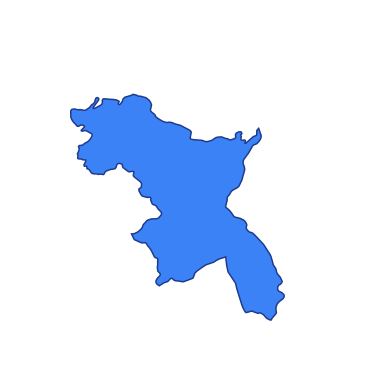 SVG path tracing the border of Ningxia, rotated 132°
{"feature_id": "CHN-1803", "entity_name": "Ningxia", "entity_type": "Autonomous Region", "adm_level": 1, "iso_a3": "CHN", "parent_name": "China", "parent_adm1": "", "projection": "orthographic", "projection_center": [106.175, 37.314], "detail": "fine", "context": "isolated", "style": "filled", "palette": "blue", "viewbox_px": 384, "rotation_deg": 132, "n_neighbors": 0, "source": "natural_earth", "source_scale": "10m", "svg_char_len": 6102}
<svg xmlns="http://www.w3.org/2000/svg" viewBox="0 0 384 384"><g transform="rotate(132 192 192)"><path d="M233.9,47.4L234.8,48.2L235.0,48.8L235.3,50.0L235.5,50.6L235.9,51.8L235.4,56.6L235.5,58.0L235.9,59.6L236.5,60.9L237.5,61.4L238.1,62.0L239.9,66.2L239.8,66.4L239.8,66.9L240.0,67.3L241.6,68.7L242.9,69.4L245.2,71.0L245.5,71.3L245.5,71.8L245.4,72.5L245.2,73.3L244.2,76.0L242.8,79.0L234.2,93.5L230.7,98.5L230.5,99.1L227.3,111.6L226.1,113.4L223.2,117.3L217.7,123.5L223.6,127.0L226.5,128.1L229.2,128.8L229.8,129.0L236.4,132.7L237.6,133.2L246.7,135.3L250.4,135.6L254.9,133.7L256.0,133.9L263.9,138.0L265.0,138.9L267.3,142.7L268.8,144.5L269.4,145.9L269.6,147.1L269.5,148.9L270.0,149.6L270.8,150.0L274.4,150.1L274.9,150.2L278.0,152.0L283.6,153.6L283.9,156.5L283.6,157.6L282.9,158.7L281.9,159.4L280.9,159.7L279.1,160.0L275.5,159.9L274.8,160.2L274.2,160.8L273.9,161.5L273.8,163.8L273.6,164.6L273.2,165.2L272.2,166.1L271.5,167.1L268.5,169.2L267.4,170.4L265.0,172.3L264.6,173.1L264.8,174.2L265.3,175.2L265.3,176.7L262.5,183.7L261.8,187.2L261.6,189.0L260.9,191.3L260.8,192.3L260.8,192.6L263.5,195.4L264.9,199.4L265.3,201.1L265.8,202.2L265.9,202.8L265.8,203.6L263.6,208.9L262.0,207.4L261.3,206.9L258.1,205.6L254.7,205.1L252.8,205.1L251.1,205.4L249.1,206.3L248.0,206.4L247.0,206.3L243.9,206.4L243.1,206.3L241.4,205.5L239.0,204.0L235.9,200.7L235.3,200.3L234.7,199.9L233.4,199.5L230.2,199.5L229.0,199.8L228.4,200.2L227.7,201.3L227.5,202.6L227.3,205.8L226.4,209.1L226.4,210.1L226.5,210.6L227.3,212.3L227.4,213.1L227.3,213.6L227.2,214.2L225.7,217.2L225.2,217.8L224.2,218.3L223.9,218.9L223.9,219.4L224.3,220.1L225.7,221.2L226.1,221.8L228.1,225.7L228.3,226.9L228.1,228.1L226.6,232.2L226.0,232.9L225.0,233.5L224.6,233.4L223.2,232.9L222.4,233.0L219.9,234.7L219.5,235.1L219.2,236.0L219.0,237.4L219.0,238.8L219.4,245.0L219.3,246.2L218.9,246.8L217.7,247.6L216.4,248.2L216.1,248.4L215.9,248.7L215.9,249.1L216.5,250.1L218.0,251.2L219.0,252.2L219.2,252.5L219.5,253.6L220.0,259.3L219.7,260.6L218.3,262.0L218.3,262.5L218.4,263.2L219.0,264.5L219.6,265.5L220.7,266.0L221.9,266.1L222.7,265.9L224.3,265.0L225.7,264.8L226.3,264.9L226.9,265.3L229.9,267.7L231.1,268.4L233.7,269.7L234.9,270.0L237.6,269.4L237.9,269.4L238.5,269.7L239.8,271.9L241.4,273.2L241.8,273.8L242.4,275.1L243.9,276.7L245.1,278.8L245.0,280.4L244.4,282.5L244.3,283.4L244.3,284.1L244.8,285.1L244.9,285.4L244.8,285.9L243.7,286.9L243.4,287.5L243.5,288.0L243.8,288.3L244.8,289.1L244.8,289.5L244.6,289.9L244.0,290.5L240.7,291.4L239.8,292.0L239.4,292.5L239.7,293.0L240.9,294.3L241.7,296.5L243.2,298.4L243.5,299.0L243.4,299.5L243.0,299.9L241.5,300.9L241.0,301.5L240.4,302.6L240.2,302.8L237.9,303.4L235.7,304.4L235.2,304.8L234.7,306.0L234.3,306.7L233.0,306.9L232.3,306.4L230.8,304.9L230.2,304.7L227.7,304.3L226.4,303.9L225.4,303.4L223.2,303.0L221.2,303.0L218.2,303.5L216.9,304.0L216.2,304.7L215.9,305.4L216.0,306.3L216.5,308.2L217.1,311.0L217.3,311.7L217.9,312.6L218.4,313.0L220.2,314.2L220.4,314.5L220.6,315.1L220.5,315.5L220.3,315.6L216.0,315.5L215.3,315.6L215.0,316.2L215.1,316.6L215.4,317.7L216.3,319.2L216.8,319.5L218.8,320.1L219.4,320.6L219.8,321.2L219.9,322.0L219.5,324.1L219.5,326.1L219.1,328.2L218.4,330.4L217.6,331.8L217.0,332.5L213.1,336.2L212.0,336.6L210.8,336.5L209.4,335.3L208.5,334.3L207.6,332.4L206.9,331.5L205.9,330.6L204.7,328.9L203.5,326.8L202.7,326.0L201.6,325.6L197.8,324.7L194.2,324.9L192.5,324.4L191.5,324.4L190.5,324.5L187.5,325.9L186.8,326.1L186.1,326.1L185.6,325.9L185.1,325.4L184.8,324.4L185.1,323.6L185.7,323.2L186.4,322.9L194.9,322.0L195.5,321.8L195.9,321.4L195.8,320.9L195.1,320.3L187.8,317.7L186.9,317.8L185.9,318.1L184.0,319.9L183.4,320.2L182.5,320.3L181.7,319.9L180.2,318.0L179.1,316.4L175.7,312.1L174.4,310.1L173.9,309.1L173.6,308.1L173.4,307.2L173.6,306.6L175.4,306.1L176.0,305.5L175.8,304.6L174.8,304.1L172.5,304.2L170.9,304.6L168.8,305.5L166.5,305.3L160.5,301.6L159.4,301.4L158.8,301.1L158.2,299.7L157.4,298.6L156.6,296.1L156.3,295.5L155.2,294.4L154.7,293.1L152.8,289.5L152.6,287.8L152.5,286.0L152.6,284.6L153.2,282.5L154.4,280.3L158.5,278.0L159.2,277.3L159.6,276.7L159.6,274.9L159.4,272.6L159.4,271.6L159.5,270.9L159.9,270.3L160.2,269.6L160.3,268.3L160.1,266.3L159.2,261.4L158.0,258.5L157.2,257.2L155.6,255.8L154.5,254.5L154.0,253.6L152.5,249.6L150.3,245.5L147.7,235.4L147.6,234.7L147.8,233.0L148.2,232.5L153.4,229.3L153.4,228.2L152.5,226.5L146.9,219.1L145.6,215.8L144.0,214.1L140.6,211.9L136.5,210.9L135.2,210.4L133.6,209.2L131.3,206.9L131.1,206.6L130.5,204.7L129.9,203.3L128.5,200.9L128.1,198.9L127.6,198.3L124.6,196.5L123.7,196.1L122.6,195.9L121.8,196.4L120.7,197.7L120.1,198.1L119.4,198.4L118.6,198.4L116.6,197.8L115.4,196.9L114.6,195.9L114.5,195.4L114.6,195.1L114.9,194.8L115.1,194.1L115.7,193.9L117.0,193.9L117.4,193.4L117.9,192.4L118.4,192.0L119.4,191.5L120.2,190.8L120.3,190.4L120.3,189.7L119.6,188.8L118.4,188.0L118.0,187.2L118.3,186.4L119.2,185.8L120.3,185.4L120.1,184.9L118.6,184.5L109.8,183.5L107.5,182.3L106.7,182.1L106.1,182.3L102.9,185.0L100.1,185.0L103.9,178.2L105.1,177.3L106.8,176.6L109.4,176.1L112.3,176.1L113.1,176.3L116.3,177.9L117.2,177.8L125.0,176.1L132.9,175.3L134.3,174.9L136.1,173.7L136.9,172.6L138.4,169.8L139.7,168.2L140.8,167.4L149.9,162.9L155.9,161.1L156.7,161.0L158.9,161.3L161.9,162.5L164.2,163.1L165.8,163.1L169.2,162.4L171.8,162.4L172.7,162.1L174.5,160.4L180.0,157.5L180.6,157.0L180.7,156.2L180.6,152.5L180.6,151.6L181.5,146.9L182.0,145.2L182.1,143.9L181.8,142.9L181.0,141.7L179.4,138.6L178.4,135.1L178.3,133.5L178.6,131.7L179.3,130.0L179.7,129.4L180.1,129.0L181.7,128.3L182.3,127.9L182.8,127.0L183.4,125.2L183.4,123.6L183.3,122.5L183.0,121.8L182.3,120.6L182.0,119.5L182.0,116.1L183.1,103.7L186.2,92.2L187.0,90.3L189.9,85.6L191.1,83.9L191.8,82.6L192.0,82.0L192.6,79.3L192.9,78.5L193.5,77.5L195.2,75.1L195.7,73.6L196.3,69.4L197.9,65.5L198.1,65.2L199.0,64.7L200.2,64.5L201.4,64.6L203.1,65.1L204.3,65.0L205.0,64.8L205.9,64.2L207.0,63.1L207.5,62.3L207.6,61.0L206.7,57.9L206.7,56.1L206.7,55.3L206.9,54.8L207.1,54.4L208.3,53.4L209.7,53.0L210.8,53.0L214.7,53.8L216.5,53.9L218.9,53.6L221.6,52.3L222.7,51.4L225.3,48.5L226.1,48.2L232.6,48.0L233.9,47.4Z" fill="#3b82f6" stroke="#1e3a8a" stroke-width="1.5"/></g></svg>